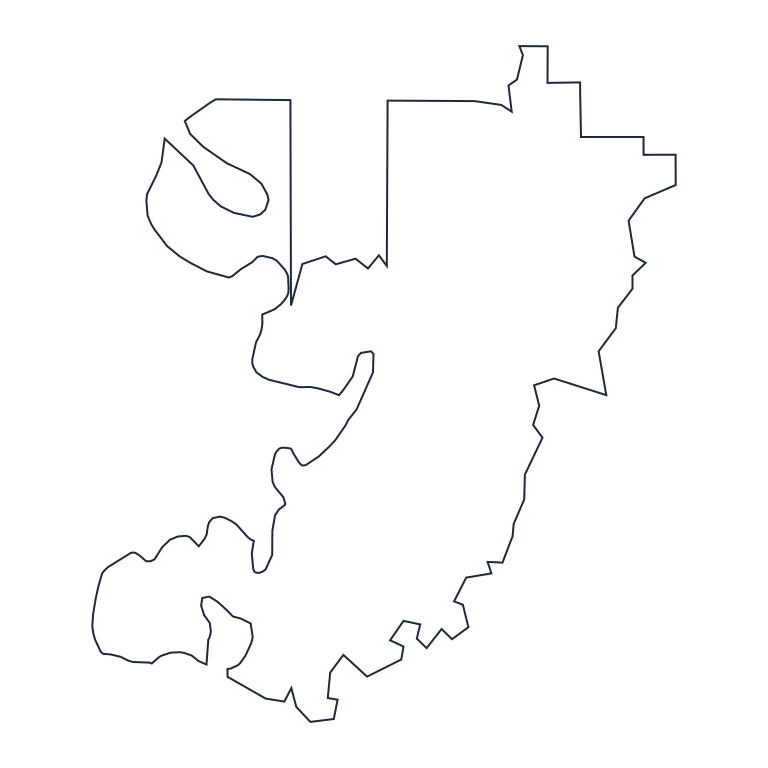 the district of Warren, Mississippi, United States of America
{"feature_id": "52423323B35376266327581", "entity_name": "Warren", "entity_type": "district", "adm_level": 2, "iso_a3": "USA", "parent_name": "United States of America", "parent_adm1": "Mississippi", "projection": "equal_earth", "projection_center": [-90.955, 32.349], "detail": "fine", "context": "isolated", "style": "outline", "palette": "slate", "viewbox_px": 768, "rotation_deg": 0, "n_neighbors": 0, "source": "geoboundaries", "source_scale": "gbopen_adm2", "svg_char_len": 3232}
<svg xmlns="http://www.w3.org/2000/svg" viewBox="0 0 768 768"><path d="M227.5,669.1L227.4,669.1L227.6,676.9L265.7,698.6L284.4,701.6L291.3,688.1L296.3,706.9L310.4,721.9L333.8,719.0L337.6,699.7L327.8,698.0L330.2,672.5L343.4,654.9L367.1,676.6L401.3,659.5L403.5,646.5L390.1,640.3L403.5,620.9L420.2,624.4L416.8,638.6L426.6,648.1L441.6,629.0L452.0,639.2L468.4,627.2L462.9,604.8L454.1,601.3L466.2,577.6L491.4,573.4L487.6,561.9L502.5,562.6L511.8,538.2L512.5,537.1L513.7,523.8L524.2,499.5L524.9,474.6L542.5,437.7L533.1,424.9L539.2,405.7L534.1,385.3L554.0,378.5L606.3,395.1L598.6,351.3L615.8,328.2L617.9,307.7L632.5,288.7L632.5,275.5L645.7,262.8L634.5,256.6L628.6,220.7L644.6,198.3L675.7,185.0L675.6,154.7L643.6,154.8L643.5,137.0L581.0,137.0L580.2,94.6L580.1,82.4L547.5,82.9L547.7,46.3L519.4,46.1L522.9,55.2L517.0,79.5L508.5,85.5L511.7,111.7L501.2,104.9L474.4,101.1L387.6,100.6L386.8,266.0L378.9,255.3L368.0,268.5L355.5,258.7L335.8,264.3L325.7,256.3L302.4,264.0L291.0,305.5L290.4,100.1L215.8,99.3L210.3,102.6L191.5,115.8L191.1,116.1L184.8,121.0L190.1,133.9L203.1,146.7L226.9,163.3L250.0,174.1L261.4,183.7L267.2,194.2L268.6,199.9L265.3,209.8L260.0,214.6L252.7,216.8L234.0,212.9L220.8,206.4L213.6,200.1L208.8,194.3L193.3,165.5L164.7,138.6L161.5,162.5L156.1,175.9L147.0,194.3L146.4,200.7L147.6,215.6L151.3,224.3L154.4,229.4L167.1,246.1L179.7,256.4L190.6,263.0L206.9,271.4L228.8,277.5L231.9,276.4L241.1,269.0L252.1,262.3L257.6,256.8L262.4,255.9L272.2,258.1L276.8,260.7L285.2,270.1L286.1,271.9L287.7,275.1L288.1,277.1L288.6,288.5L288.3,293.2L286.9,296.6L283.7,301.2L280.6,304.5L274.7,309.2L262.2,314.6L262.4,323.5L261.6,329.1L260.1,334.4L256.0,342.4L252.3,359.3L252.3,363.5L253.3,366.8L256.5,372.4L262.6,376.9L269.1,379.8L299.3,387.2L310.2,387.0L317.8,388.3L330.7,391.9L339.0,395.2L343.3,390.0L352.7,376.5L358.0,356.2L361.0,352.9L371.0,351.3L373.5,353.9L373.0,372.3L356.6,409.4L348.2,420.0L345.7,425.1L335.4,440.0L329.7,446.2L318.6,456.6L305.6,465.2L302.3,465.5L300.8,464.5L298.5,461.7L293.1,452.9L291.3,449.2L290.3,448.4L283.2,447.6L280.4,448.1L278.9,448.9L275.9,452.4L274.7,455.3L271.5,469.6L272.6,481.7L274.4,486.1L275.7,488.0L283.5,497.4L285.3,503.9L284.8,505.0L279.0,509.4L275.1,515.1L272.4,530.4L272.3,536.8L272.2,554.9L265.7,569.2L264.6,570.3L262.2,571.8L261.9,571.9L259.4,572.9L256.5,572.7L254.4,571.8L253.2,568.7L251.8,553.5L253.8,540.8L250.8,539.5L247.5,536.9L236.3,524.4L231.5,521.1L224.3,517.6L219.9,516.6L212.8,518.1L209.2,522.1L207.8,526.5L206.6,534.6L204.7,538.6L198.8,546.3L189.7,537.0L185.9,535.8L177.8,536.5L169.9,539.8L162.1,547.3L154.5,559.4L150.2,561.4L149.2,561.2L146.2,561.3L139.9,555.7L135.7,553.1L134.1,552.5L130.9,552.8L107.9,567.2L104.1,570.8L102.1,573.5L98.4,586.3L95.6,599.0L93.1,614.4L92.3,626.0L93.3,633.4L95.0,639.4L100.8,651.9L103.3,653.9L110.6,654.4L120.6,656.8L128.0,660.5L132.9,662.0L149.4,662.6L151.8,663.5L158.9,657.2L161.3,655.8L170.3,652.7L179.7,652.2L184.0,652.9L191.5,655.4L198.6,661.1L206.5,664.5L208.3,639.5L209.3,638.2L210.9,632.0L209.8,623.0L204.1,615.0L201.1,605.6L202.3,598.0L209.3,596.6L217.2,601.5L226.5,609.9L233.0,616.5L240.9,618.6L250.7,623.5L252.7,637.0L251.8,641.2L250.5,644.8L245.4,655.8L240.0,663.3L237.7,665.3L231.1,668.4L227.5,669.1Z" fill="none" stroke="#1e293b" stroke-width="2"/></svg>